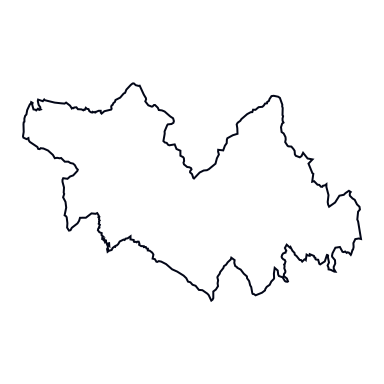 outline of Tausa, Cundinamarca, Colombia
{"feature_id": "7082276B61281192439607", "entity_name": "Tausa", "entity_type": "district", "adm_level": 2, "iso_a3": "COL", "parent_name": "Colombia", "parent_adm1": "Cundinamarca", "projection": "natural_earth1", "projection_center": [-73.979, 5.193], "detail": "fine", "context": "isolated", "style": "outline", "palette": "ink", "viewbox_px": 384, "rotation_deg": 0, "n_neighbors": 0, "source": "geoboundaries", "source_scale": "gbopen_adm2", "svg_char_len": 5985}
<svg xmlns="http://www.w3.org/2000/svg" viewBox="0 0 384 384"><path d="M350.8,254.9L351.1,254.4L350.9,253.8L351.5,253.2L352.5,249.9L353.0,249.6L353.6,247.1L353.4,243.1L355.3,239.1L358.8,238.5L361.0,239.0L358.1,221.4L357.3,219.5L358.1,211.7L359.9,209.5L359.5,206.8L357.0,204.4L354.7,199.8L352.6,198.5L350.0,195.9L349.7,194.9L350.0,192.8L350.7,192.0L348.9,190.8L345.5,193.1L343.8,194.8L339.4,195.7L335.1,202.5L329.1,206.7L328.1,204.5L327.7,202.0L328.5,195.1L326.4,187.0L326.4,184.2L325.0,185.3L322.9,185.8L322.3,186.8L320.9,186.7L319.3,184.9L317.5,184.7L314.1,181.2L312.2,181.7L313.3,173.8L312.4,173.2L308.5,163.6L312.5,159.4L307.6,158.5L303.1,152.8L301.5,156.1L299.8,157.3L295.8,155.8L294.9,154.4L294.6,150.8L293.5,149.1L291.4,146.6L288.3,146.3L287.5,145.7L285.2,142.1L285.7,139.4L285.5,137.1L283.7,133.5L281.6,132.0L281.0,127.2L282.2,123.5L283.5,122.6L282.6,120.8L282.5,118.7L283.1,116.1L282.5,115.1L282.7,107.9L282.2,106.5L282.3,104.7L279.9,97.9L278.1,96.7L273.7,95.8L271.5,96.1L269.5,99.1L268.9,100.9L267.2,102.0L267.0,103.3L265.0,103.6L263.8,105.5L262.4,106.8L258.6,107.2L255.5,109.8L253.1,109.7L252.3,112.1L250.7,112.2L247.2,114.1L241.4,119.1L240.3,120.8L237.7,122.7L236.7,124.4L237.3,128.2L237.5,133.8L232.9,135.2L227.4,138.2L226.9,139.5L226.7,143.2L224.9,145.7L223.2,150.4L218.2,149.8L218.1,151.7L218.9,154.5L216.9,158.3L215.5,163.7L208.8,169.2L206.9,170.2L203.7,170.5L199.7,172.5L194.0,178.5L193.3,178.0L192.0,174.1L190.1,172.4L190.1,171.2L191.5,169.4L191.1,168.2L189.5,167.3L187.2,167.0L184.0,164.4L183.5,162.7L184.1,161.0L183.9,158.3L183.2,157.2L180.4,155.7L180.4,150.7L176.5,149.0L174.7,144.4L169.3,145.3L168.0,144.7L166.7,142.9L164.9,142.5L163.4,141.1L164.7,133.7L164.6,131.4L167.2,125.2L167.8,124.4L171.5,124.0L173.4,122.8L173.9,121.1L173.1,118.3L170.2,116.4L164.6,111.5L161.9,110.4L158.8,110.0L157.8,107.7L155.0,105.0L154.0,105.0L152.5,106.5L151.7,106.6L148.3,105.3L145.3,101.4L146.1,99.3L145.9,98.1L143.8,94.6L139.7,85.7L138.6,85.9L135.8,85.2L133.8,83.4L132.6,83.5L130.8,84.9L126.4,89.6L125.1,92.8L123.6,93.6L120.2,97.6L115.5,100.0L114.9,101.9L113.4,103.1L112.6,104.9L111.6,105.5L111.2,106.8L111.6,108.8L111.1,109.6L104.4,111.2L101.6,113.6L100.8,112.7L100.7,110.8L98.6,110.8L96.2,111.8L95.6,112.4L95.0,111.9L94.2,112.4L92.6,111.8L92.2,112.5L91.1,112.3L89.4,111.2L88.5,109.1L87.0,108.9L85.8,107.8L84.7,109.9L83.9,109.7L83.3,110.3L81.6,109.4L77.9,109.2L76.4,107.3L74.2,107.5L73.5,108.2L72.2,107.9L71.8,108.4L70.0,105.6L66.1,102.6L64.6,103.6L61.1,103.3L54.7,102.6L44.8,100.2L44.2,99.5L42.8,101.2L38.1,99.6L37.8,101.0L38.6,104.8L40.3,107.3L40.2,108.8L40.8,109.4L39.2,109.9L38.0,108.7L36.2,110.4L35.6,109.8L33.5,109.4L32.2,104.7L32.6,102.9L31.2,102.1L30.8,103.7L29.9,104.3L27.2,110.1L26.4,114.5L25.2,115.8L24.4,118.5L24.4,121.7L23.7,122.3L23.5,124.2L23.7,131.9L23.0,136.3L23.4,137.6L26.5,139.1L28.4,138.1L28.7,140.3L29.8,141.9L37.4,147.0L38.2,148.9L39.7,149.1L40.6,148.2L43.4,148.5L48.0,150.5L52.9,154.9L54.8,158.2L57.1,157.8L59.7,158.3L61.1,158.0L64.8,161.7L68.4,161.7L70.4,163.0L73.1,163.6L74.8,165.1L76.6,168.4L77.8,169.6L77.4,170.9L73.2,175.4L70.1,176.5L67.5,178.8L63.2,178.2L62.5,179.8L62.5,181.8L64.0,187.5L63.7,192.7L64.2,193.9L63.1,197.3L65.5,201.9L66.2,207.6L64.6,215.3L66.1,216.3L66.7,217.3L67.4,223.2L67.1,227.6L69.0,230.6L70.5,230.2L71.8,227.8L77.5,223.4L79.1,220.8L80.0,217.8L85.9,217.7L91.5,213.4L95.6,213.8L97.2,213.1L98.8,215.7L98.6,216.6L99.1,216.8L98.6,217.5L99.2,217.9L99.0,219.6L99.7,220.4L99.0,221.3L99.2,222.4L98.7,223.8L99.9,224.8L99.0,227.1L99.4,227.7L98.3,228.5L97.9,230.2L99.4,232.2L101.7,233.1L101.5,235.0L103.4,236.8L102.4,236.9L102.2,238.9L103.8,239.0L103.4,239.9L104.3,240.6L104.8,241.7L105.4,240.3L106.0,240.5L106.0,241.7L107.1,244.6L108.3,243.4L109.1,243.2L109.3,245.8L108.7,245.2L108.1,245.6L107.7,247.4L108.1,249.1L107.1,249.2L107.6,251.8L108.9,250.8L111.6,250.0L112.7,247.9L114.3,246.7L115.1,246.9L115.4,245.9L116.8,245.4L118.2,244.1L119.7,241.5L123.5,239.6L124.6,240.0L125.5,238.7L127.7,238.3L130.5,236.3L130.5,239.4L133.7,240.0L133.9,241.7L134.7,242.0L135.7,241.8L136.7,242.3L137.3,241.7L138.7,241.7L139.4,243.5L139.1,244.8L141.2,246.1L143.8,246.2L143.9,247.1L145.8,247.0L146.5,248.5L147.9,248.7L147.8,250.4L149.7,250.7L152.2,252.6L153.4,254.5L152.6,258.6L154.9,259.2L156.4,261.7L157.3,261.9L158.8,261.1L161.2,261.6L166.1,264.1L172.1,269.3L177.2,271.6L183.6,275.6L186.3,278.2L188.0,281.6L190.4,282.3L192.5,284.7L195.6,285.8L198.9,289.9L202.4,290.2L207.3,293.6L208.7,295.1L211.3,300.6L212.5,299.7L213.3,298.1L213.3,291.5L215.9,289.5L218.0,286.2L217.6,283.3L218.1,280.3L217.4,277.5L217.6,276.6L219.7,273.7L220.2,272.0L223.3,268.1L224.0,266.1L226.1,264.7L227.7,262.3L230.8,259.4L231.3,257.7L234.6,260.1L234.3,262.9L235.2,266.0L236.8,267.0L237.3,267.8L240.7,269.6L243.8,273.7L246.9,276.4L247.1,278.3L249.1,281.0L250.2,285.4L251.2,287.0L252.3,293.1L252.7,293.9L254.1,294.2L255.6,295.3L262.0,292.7L265.0,290.4L265.3,289.1L266.7,286.9L269.7,284.8L271.3,281.5L273.7,279.1L274.1,278.2L273.9,273.7L274.7,267.9L277.7,270.5L278.2,274.6L278.9,276.0L282.6,277.3L284.8,280.9L285.6,281.5L287.3,281.8L288.0,281.4L286.9,278.5L283.7,276.0L284.1,273.8L285.2,272.6L285.4,271.1L284.3,268.3L284.6,266.0L284.1,264.5L284.7,264.2L285.5,261.5L284.7,259.9L283.4,259.4L282.0,257.9L281.6,256.8L282.1,255.0L283.2,253.4L285.6,252.6L285.7,251.5L286.3,250.8L284.9,248.0L286.7,244.7L290.0,247.7L290.5,247.0L292.4,250.7L294.5,252.9L294.8,254.7L296.5,256.0L299.6,259.9L301.1,260.1L302.2,261.6L304.6,259.3L305.2,259.2L305.8,259.9L306.6,254.6L308.1,255.5L309.7,255.8L309.8,254.2L313.9,255.9L314.4,257.4L315.3,257.7L315.4,259.0L315.9,259.5L318.2,259.8L319.3,263.8L320.2,264.4L324.8,261.4L326.8,255.3L327.0,254.9L327.7,255.1L328.1,255.7L327.9,257.1L329.0,262.5L327.6,265.5L328.5,267.7L328.6,269.4L330.7,269.8L334.3,271.6L335.5,271.7L333.8,268.8L333.7,266.9L335.2,263.6L335.0,260.2L332.2,256.8L332.0,255.9L332.5,253.3L335.4,247.7L339.9,247.0L342.5,251.8L343.8,252.1L345.1,251.5L346.7,252.9L347.5,252.3L348.8,252.6L350.8,254.9Z" fill="none" stroke="#020617" stroke-width="2"/></svg>